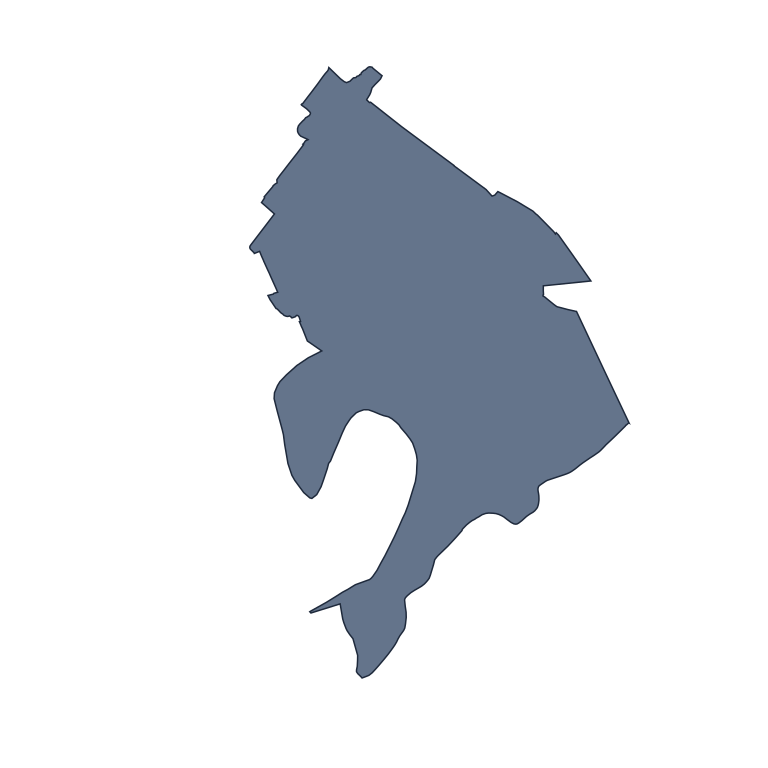 Mahmudia, Tulcea, Romania (Albers equal-area conic projection), rotated 124°
{"feature_id": "2599482B4733936429488", "entity_name": "Mahmudia", "entity_type": "district", "adm_level": 2, "iso_a3": "ROU", "parent_name": "Romania", "parent_adm1": "Tulcea", "projection": "albers", "projection_center": [29.111, 45.091], "detail": "fine", "context": "isolated", "style": "filled", "palette": "slate", "viewbox_px": 768, "rotation_deg": 124, "n_neighbors": 0, "source": "geoboundaries", "source_scale": "gbopen_adm2", "svg_char_len": 5199}
<svg xmlns="http://www.w3.org/2000/svg" viewBox="0 0 768 768"><g transform="rotate(124 384 384)"><path d="M279.2,159.2L278.3,160.7L261.7,188.7L250.7,207.2L216.2,265.0L216.4,265.2L216.9,266.7L219.5,273.3L221.9,280.2L223.1,283.5L223.2,284.3L223.1,287.4L222.3,296.3L222.0,299.2L222.1,300.5L222.2,301.2L221.8,301.6L221.2,301.9L220.8,301.7L220.6,301.8L217.6,304.1L213.5,306.8L182.9,270.1L174.4,292.2L172.6,297.0L172.0,298.5L164.1,319.5L162.9,322.7L162.3,325.8L163.5,325.8L163.8,325.8L163.1,327.6L162.8,328.6L158.2,351.2L158.1,353.2L158.0,353.8L157.4,357.1L158.3,375.2L160.5,394.9L160.8,397.2L165.5,397.8L166.2,398.3L167.8,399.5L165.8,407.7L165.7,407.9L164.0,447.5L163.9,448.2L163.7,448.2L161.3,502.5L160.8,513.4L157.9,552.7L158.8,553.4L158.1,557.3L157.7,557.4L152.1,557.6L149.5,558.1L145.2,559.5L140.9,558.9L135.7,557.9L133.0,557.5L129.5,558.0L129.5,558.3L128.4,569.8L128.0,571.0L128.9,573.1L130.0,574.1L131.2,574.5L132.9,574.9L134.1,575.2L135.3,576.0L137.1,576.5L138.8,576.8L140.4,576.3L141.0,577.1L141.6,577.1L142.4,577.2L144.1,578.5L145.1,578.6L145.7,578.7L146.4,579.5L147.3,580.5L149.4,581.0L152.0,581.5L154.1,582.9L155.1,583.6L155.6,586.0L155.3,590.9L152.5,606.7L154.6,605.9L155.9,605.8L159.6,606.3L162.7,606.5L165.6,606.6L169.0,606.7L172.5,606.8L177.9,607.1L182.1,607.3L188.1,607.7L193.5,608.0L196.9,608.2L197.7,608.7L198.7,608.8L198.9,608.2L199.1,602.2L199.9,597.8L200.3,596.7L200.8,596.3L201.5,596.1L202.3,596.0L203.5,596.1L204.1,596.4L204.9,596.8L206.0,597.2L206.9,597.8L207.9,597.9L209.1,597.9L211.5,598.5L215.7,599.2L217.9,599.3L220.8,598.4L222.9,596.9L223.8,595.7L224.7,593.7L225.1,591.5L223.9,584.1L223.9,583.6L226.4,585.1L229.6,585.1L230.6,585.4L230.7,584.5L236.1,584.8L241.8,585.1L254.2,586.0L260.5,586.4L261.1,586.4L269.4,587.0L273.7,587.1L274.7,587.0L277.0,585.1L279.2,586.1L281.6,586.8L282.5,586.6L295.9,588.0L296.4,587.1L301.1,587.0L302.1,587.0L302.5,583.4L304.3,569.9L305.6,570.0L343.0,572.2L344.6,572.2L345.6,571.8L346.3,571.2L346.9,570.2L347.9,565.0L348.3,564.5L343.6,561.3L346.6,556.8L348.9,553.1L349.5,552.3L349.9,551.6L352.0,548.2L354.4,544.3L356.1,541.4L358.6,537.5L365.4,526.5L367.4,523.4L370.4,526.0L371.3,526.0L375.5,529.7L377.9,525.4L378.7,523.3L381.8,515.7L381.6,515.4L381.6,514.1L382.3,510.8L382.6,509.8L382.6,509.4L382.7,508.3L382.6,507.3L382.7,506.7L382.9,506.1L383.0,505.1L382.5,502.9L381.8,501.5L381.1,500.9L380.4,500.4L380.4,498.5L380.7,497.9L380.7,497.3L379.7,496.5L377.6,495.0L377.2,495.0L376.8,495.0L376.5,495.0L376.2,494.9L375.8,494.6L375.6,494.1L375.5,493.4L375.6,492.7L376.0,491.7L376.8,490.7L378.3,488.8L378.8,488.2L379.3,488.7L379.6,489.0L381.6,485.9L382.4,484.8L383.7,482.5L391.0,471.9L391.2,471.6L391.4,454.1L404.5,461.4L417.4,466.6L430.9,470.0L440.2,471.6L444.8,471.4L452.5,469.9L457.6,466.9L462.2,461.8L466.4,457.1L478.8,442.8L482.3,439.0L489.7,432.5L503.7,419.1L511.2,409.3L513.8,404.1L518.9,389.8L519.9,381.8L519.2,379.8L513.3,377.9L511.1,378.1L504.4,378.7L497.4,380.5L485.9,383.7L480.8,385.5L477.7,385.3L469.7,387.0L457.7,389.2L448.0,391.2L440.4,392.4L433.5,392.5L430.5,392.4L423.4,390.9L420.8,389.4L416.6,386.3L414.1,382.5L412.7,377.1L411.4,370.5L410.4,366.5L408.7,362.0L408.4,357.9L408.9,352.4L409.5,348.7L410.9,345.4L413.0,337.6L415.0,331.7L416.9,327.3L420.8,322.0L424.5,317.6L428.7,313.8L434.3,310.5L440.1,306.9L447.4,303.4L470.7,296.3L479.1,294.3L485.3,293.4L495.1,291.6L503.9,290.1L512.7,288.9L518.1,288.2L525.8,287.2L534.1,286.5L542.4,285.6L549.8,285.7L552.1,286.0L554.2,286.6L556.2,288.1L566.4,295.5L575.0,299.4L579.7,301.9L587.3,305.2L597.3,309.7L612.5,317.4L614.3,318.2L614.7,316.5L590.8,297.4L601.8,286.9L604.3,283.9L607.9,278.8L609.2,276.5L610.9,272.3L612.5,267.3L623.7,254.1L627.7,251.5L633.0,248.3L636.4,246.9L637.9,245.9L638.8,243.8L639.1,241.9L639.5,239.7L640.0,237.8L636.5,235.3L634.0,233.6L630.0,232.3L625.5,231.6L620.2,230.9L615.7,230.4L610.8,229.9L605.1,229.4L600.4,229.2L596.9,229.1L594.2,229.1L590.8,229.3L587.6,229.8L583.9,230.1L577.4,229.9L574.7,230.3L570.9,232.0L565.0,235.1L560.8,238.1L556.4,242.1L551.5,246.2L550.3,246.6L549.1,246.7L546.5,246.3L542.1,245.1L538.1,243.4L530.6,239.8L527.2,238.7L524.9,238.3L522.4,238.0L519.9,237.9L516.5,238.7L511.7,240.2L506.2,241.9L502.9,243.1L501.3,243.7L499.8,243.6L498.0,243.5L495.9,243.2L488.4,241.6L482.8,240.4L480.2,240.0L474.0,239.0L469.1,238.3L465.3,237.8L461.8,237.4L460.8,237.8L459.2,237.6L454.7,236.8L450.7,235.6L448.0,234.6L445.3,233.1L443.6,232.5L441.0,231.1L437.5,229.6L434.4,227.3L432.4,225.0L430.2,221.4L428.8,218.7L427.9,215.8L427.4,212.8L427.2,210.1L427.3,208.9L427.5,205.9L427.7,201.2L427.6,200.3L427.3,198.0L426.5,196.4L425.6,195.4L423.8,194.5L420.2,193.3L416.1,192.3L414.1,191.8L411.4,190.8L409.5,190.0L407.1,188.8L404.8,188.1L401.9,187.8L400.6,187.8L398.3,188.4L396.6,189.1L393.8,190.5L392.3,191.5L390.1,193.1L388.3,194.7L386.8,196.2L385.5,197.3L384.5,197.9L383.1,198.4L381.9,198.5L380.0,197.9L374.4,195.7L372.5,194.7L368.7,191.8L364.3,188.4L358.6,184.0L356.0,182.1L353.8,180.7L351.6,179.6L347.4,178.0L341.8,176.3L338.3,175.1L335.0,173.8L330.2,171.9L325.5,169.9L320.3,167.9L318.0,167.3L314.2,166.6L310.4,166.0L306.5,165.1L300.2,163.7L291.5,161.9L283.9,160.4L283.1,160.5L282.7,160.2L279.2,159.3L279.2,159.2Z" fill="#64748b" stroke="#1e293b" stroke-width="1.5"/></g></svg>